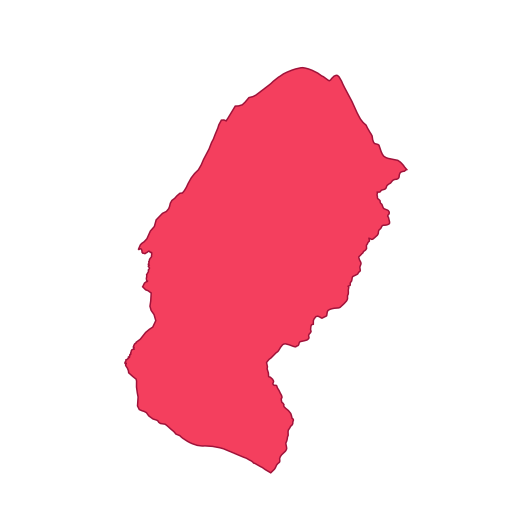 outline of Phiang, Xaignabouri, Laos, rotated 202°
{"feature_id": "54806243B59484994865641", "entity_name": "Phiang", "entity_type": "district", "adm_level": 2, "iso_a3": "LAO", "parent_name": "Laos", "parent_adm1": "Xaignabouri", "projection": "natural_earth1", "projection_center": [101.454, 18.877], "detail": "fine", "context": "isolated", "style": "filled", "palette": "rose", "viewbox_px": 512, "rotation_deg": 202, "n_neighbors": 0, "source": "geoboundaries", "source_scale": "gbopen_adm2", "svg_char_len": 6106}
<svg xmlns="http://www.w3.org/2000/svg" viewBox="0 0 512 512"><g transform="rotate(202 256 256)"><path d="M367.5,218.3L367.1,218.1L366.8,218.3L366.5,218.8L365.7,219.5L364.9,219.3L363.9,218.4L363.0,216.7L362.0,216.2L361.7,216.4L360.2,216.5L359.8,216.6L359.3,217.4L358.4,218.5L357.4,220.2L356.6,220.4L356.1,220.3L355.4,219.7L354.9,219.8L354.4,220.1L354.1,220.1L353.4,218.8L352.9,216.8L352.6,216.3L353.4,213.3L353.4,212.7L353.1,211.3L353.3,210.7L353.2,210.3L352.7,209.8L352.6,209.2L352.6,208.5L352.8,208.1L352.7,207.9L352.5,207.7L351.9,207.7L351.6,207.5L352.0,206.6L352.0,206.1L351.7,205.8L350.7,205.4L350.3,205.0L350.2,204.7L350.2,204.1L350.6,202.8L350.4,202.3L350.1,201.9L350.0,201.3L349.9,201.0L350.2,199.0L350.2,198.4L350.5,197.9L350.1,197.2L349.4,195.3L349.4,194.5L349.1,193.8L348.1,192.2L347.2,192.1L347.2,191.7L347.8,191.3L348.3,190.7L349.2,189.2L349.3,188.6L349.5,185.6L349.6,185.0L345.7,183.3L343.1,183.4L339.3,182.4L336.8,175.0L335.5,169.7L332.9,166.3L328.6,163.5L324.7,158.5L325.1,151.4L327.4,148.1L329.7,143.8L332.1,135.5L334.8,131.1L334.6,130.6L335.6,129.0L335.6,128.0L335.8,127.6L335.6,126.5L335.7,125.7L334.9,125.5L335.0,124.9L334.2,124.0L335.3,123.3L335.9,122.6L336.1,121.6L336.1,121.3L335.9,120.6L335.9,119.5L335.5,118.4L335.7,118.0L335.4,117.8L335.6,117.3L336.0,117.0L335.7,116.1L335.4,114.6L336.4,114.6L336.1,113.0L336.5,112.6L336.9,111.6L337.7,111.1L337.7,110.9L337.4,110.1L337.3,109.6L337.6,108.7L337.5,107.6L337.2,107.5L336.1,107.9L336.0,107.6L336.3,107.2L336.4,106.8L336.0,106.4L335.8,105.6L333.2,103.8L331.3,101.8L330.3,100.0L325.3,98.2L321.0,96.9L319.9,95.3L317.7,89.7L314.7,84.5L312.5,81.1L309.7,72.6L306.7,69.9L303.7,69.8L301.5,70.0L298.9,69.7L295.6,67.6L290.5,66.3L286.6,66.6L285.3,66.4L283.9,65.4L281.9,64.9L277.3,66.0L275.0,65.4L269.5,63.4L267.5,62.8L265.7,62.1L263.6,60.9L259.3,60.9L257.6,60.2L255.7,59.6L250.1,58.5L247.4,58.2L244.8,58.1L239.6,58.4L235.4,59.5L233.9,60.0L232.3,60.8L225.0,63.2L217.5,64.7L213.8,65.1L192.4,64.8L189.1,64.9L185.7,64.4L183.4,64.2L181.7,63.7L180.7,63.1L179.5,63.3L172.7,62.4L171.0,62.3L167.3,61.4L161.1,60.5L159.0,65.3L158.7,66.9L158.6,69.9L158.1,71.5L157.0,73.6L157.1,74.8L158.2,77.0L158.3,79.0L157.8,81.2L155.6,86.1L155.3,87.9L155.5,89.2L156.4,90.7L157.8,92.8L158.3,93.8L158.2,95.8L158.5,98.1L159.0,99.9L159.0,101.8L160.5,105.2L160.8,107.0L160.4,108.4L160.1,111.1L159.3,112.7L159.1,114.2L159.7,116.1L159.8,117.7L160.3,118.6L161.8,119.1L163.2,121.1L164.8,123.0L168.0,124.8L171.5,125.9L173.6,126.8L174.3,127.8L174.4,128.6L175.8,129.6L177.2,130.0L178.5,131.8L179.1,133.2L178.9,134.0L179.0,134.9L180.1,136.3L182.3,138.1L184.1,139.8L186.7,141.7L188.2,143.4L189.0,143.6L190.6,142.9L191.8,143.2L192.6,144.0L192.6,145.7L192.8,146.5L194.4,147.9L197.3,149.0L198.5,148.8L199.2,149.1L200.7,152.2L203.4,155.5L203.9,157.6L206.3,161.1L206.0,162.5L205.1,165.2L203.9,167.1L201.2,173.6L200.2,175.2L199.7,176.4L199.0,180.7L198.1,183.7L197.2,184.8L195.8,185.6L192.0,186.1L187.6,186.2L186.0,186.4L185.1,186.7L184.7,187.6L183.8,188.3L183.4,188.9L183.2,189.7L183.4,191.4L183.3,192.4L183.0,193.1L179.2,195.7L177.4,197.1L176.9,197.7L176.3,199.0L176.2,199.8L176.3,200.2L177.4,201.9L177.5,202.7L177.4,203.7L176.9,204.9L176.7,205.8L176.7,206.7L177.8,208.2L178.7,211.1L178.8,212.6L178.6,213.2L177.3,214.2L178.6,217.6L178.6,219.2L177.8,222.2L176.5,223.2L175.4,223.4L173.9,223.3L172.1,223.0L171.5,223.1L168.3,226.7L168.1,227.1L169.0,231.0L168.8,232.6L167.5,234.2L165.9,235.5L163.8,236.9L159.8,238.9L158.8,239.9L156.4,245.0L155.2,248.3L155.1,249.4L155.1,250.6L156.3,253.5L156.2,255.3L156.7,256.8L157.7,259.1L158.1,261.3L158.3,261.8L159.1,262.2L159.2,262.6L157.8,263.9L157.8,264.5L158.4,265.8L158.5,266.7L158.0,268.6L158.2,270.0L158.6,271.6L158.7,272.7L158.6,273.2L155.5,276.7L155.0,277.4L154.7,279.4L153.9,280.7L153.9,281.7L155.6,284.6L155.7,288.0L156.1,288.9L156.9,289.8L158.4,291.0L160.0,292.9L160.3,293.4L160.3,294.0L159.4,295.9L158.7,297.8L158.1,298.8L158.0,300.4L156.7,302.5L156.4,303.7L156.3,304.4L157.5,306.9L157.6,307.5L157.2,309.2L157.3,310.1L157.1,311.0L156.7,311.7L156.5,312.3L156.7,312.9L157.9,314.7L157.4,314.9L155.3,314.7L154.7,314.9L154.0,315.4L152.9,317.4L151.3,320.7L151.1,321.8L151.1,322.8L151.7,324.9L151.7,326.1L150.7,328.2L150.5,329.6L150.5,330.8L149.7,332.1L147.9,332.9L146.4,333.8L145.1,335.0L144.5,335.9L144.5,336.6L144.9,337.6L147.7,341.5L148.8,342.2L149.0,343.2L148.5,344.5L148.5,345.7L149.0,346.7L150.3,347.6L151.2,347.8L155.1,347.8L156.2,348.4L158.6,351.0L159.3,351.3L160.1,351.5L160.9,352.3L161.8,353.8L163.2,354.4L164.6,354.8L165.2,355.4L165.9,357.0L166.5,357.6L166.8,358.3L166.9,359.4L167.5,360.6L165.5,361.5L164.8,362.2L164.6,363.5L164.1,364.2L161.7,366.1L161.2,366.8L160.9,367.6L161.0,370.1L160.7,371.0L159.5,372.9L158.6,374.0L157.7,376.9L157.0,378.1L155.8,379.1L154.4,379.8L153.5,380.7L153.0,381.7L152.9,382.5L153.1,383.5L153.5,384.8L153.6,386.4L153.4,387.4L152.8,388.4L151.3,389.6L150.3,390.1L148.9,392.4L148.6,392.6L151.9,394.3L153.1,395.2L155.8,396.5L157.6,397.2L160.4,397.8L170.1,396.0L172.3,395.9L175.0,396.4L177.1,397.8L179.1,399.7L183.5,404.8L184.7,405.1L188.1,404.7L189.5,405.4L191.3,407.4L193.3,410.8L195.1,412.3L196.6,413.3L200.7,416.5L203.0,418.6L205.4,419.4L207.1,420.1L210.5,422.1L213.2,424.3L216.0,426.7L224.9,435.2L237.2,445.5L240.1,448.1L242.1,450.1L246.1,453.2L248.0,453.9L249.3,453.6L251.0,452.0L252.4,448.8L252.8,447.0L253.8,445.9L255.3,446.1L260.7,447.5L262.7,447.6L267.2,448.7L273.6,449.2L277.5,449.1L280.6,448.7L283.3,448.1L285.1,447.2L289.3,444.3L292.3,441.8L296.1,438.1L298.8,435.1L301.1,431.6L302.1,430.3L305.4,424.5L306.6,421.8L307.5,420.1L316.4,405.1L318.5,402.7L321.9,400.2L323.8,394.4L325.4,391.0L328.4,388.6L331.4,387.2L333.7,373.0L334.3,370.1L336.7,370.1L339.0,369.0L339.6,363.7L339.3,360.3L339.4,353.5L339.3,348.3L339.7,344.6L339.6,337.6L340.8,325.8L340.9,320.0L341.7,314.3L343.8,309.5L345.3,304.2L346.1,297.7L346.3,293.7L346.9,289.8L347.8,286.9L350.1,285.6L351.9,282.1L353.0,279.0L354.8,276.0L355.2,272.9L354.7,269.5L354.7,267.1L355.8,263.7L358.7,260.5L362.1,252.1L361.3,245.3L363.3,239.5L363.6,231.1L365.1,227.2L366.7,224.8L367.4,222.9L367.5,218.3Z" fill="#f43f5e" stroke="#9f1239" stroke-width="1.5"/></g></svg>